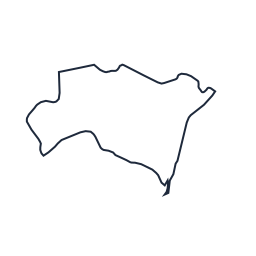 map outline of León (orthographic projection), rotated 252°
{"feature_id": "NIC-658", "entity_name": "León", "entity_type": "Department", "adm_level": 1, "iso_a3": "NIC", "parent_name": "Nicaragua", "parent_adm1": "", "projection": "orthographic", "projection_center": [-86.624, 12.561], "detail": "fine", "context": "isolated", "style": "outline", "palette": "slate", "viewbox_px": 256, "rotation_deg": 252, "n_neighbors": 0, "source": "natural_earth", "source_scale": "10m", "svg_char_len": 1763}
<svg xmlns="http://www.w3.org/2000/svg" viewBox="0 0 256 256"><g transform="rotate(252 128 128)"><path d="M135.9,222.2L132.8,218.2L126.6,207.4L120.8,191.6L119.2,189.1L115.1,185.6L81.5,164.9L79.4,162.3L70.1,156.9L65.1,151.5L53.8,146.3L53.4,142.4L55.3,145.0L58.5,147.1L62.2,148.7L65.8,149.4L62.1,145.2L65.7,143.0L73.8,142.1L76.6,140.9L79.4,139.2L80.9,138.3L89.5,129.4L92.8,124.0L94.0,120.7L94.7,119.6L97.9,116.6L102.1,112.1L106.1,107.7L109.3,106.3L112.4,102.5L114.7,98.0L115.9,96.9L117.7,95.9L129.5,94.3L131.8,93.7L133.1,93.2L136.0,91.4L138.1,86.7L138.6,81.4L137.1,61.1L135.0,56.4L132.8,52.8L129.4,44.8L127.8,39.1L130.6,37.9L132.2,37.8L134.3,37.8L136.9,38.7L140.1,40.3L142.0,40.1L145.4,39.4L156.2,35.7L165.3,33.8L167.3,34.4L168.6,35.0L171.5,38.0L175.8,45.1L177.5,47.4L178.3,48.9L179.5,53.1L179.2,58.3L175.6,64.8L175.3,66.7L175.4,68.1L177.0,71.1L182.5,73.8L202.6,79.6L202.1,83.8L200.2,100.5L198.6,115.3L192.1,119.3L189.8,121.6L188.4,123.4L187.9,124.4L187.7,125.2L187.8,125.8L187.5,127.6L187.5,128.2L187.6,128.7L187.5,129.4L187.3,130.5L186.3,133.4L186.2,134.2L186.3,134.7L186.6,135.6L186.7,136.0L188.3,138.2L188.4,138.3L189.3,139.1L189.5,139.4L189.7,139.9L189.7,140.9L189.8,141.5L190.0,142.1L189.7,142.6L189.1,143.4L173.1,159.3L162.2,170.4L159.9,173.6L159.6,176.2L159.6,188.1L159.8,189.3L160.3,190.2L160.9,190.8L161.8,191.3L162.8,192.6L163.1,195.6L161.0,200.2L157.8,204.0L151.6,208.7L150.6,209.2L150.2,209.2L147.8,208.7L145.5,207.8L145.2,207.8L144.8,207.8L144.3,207.8L143.9,207.9L141.4,208.8L140.2,209.1L139.6,209.3L139.2,209.6L139.0,210.0L138.8,210.4L138.8,210.9L138.8,211.3L139.1,212.3L140.2,214.6L141.0,215.5L141.2,215.9L141.4,216.5L141.4,216.9L141.3,217.3L140.6,218.6L140.0,219.2L135.9,222.2L135.9,222.2Z" fill="none" stroke="#1e293b" stroke-width="2"/></g></svg>